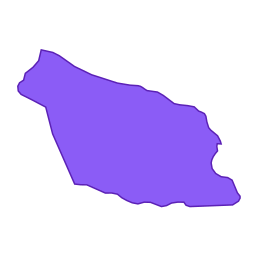 the District of Adjumani, rotated 86°
{"feature_id": "UGA-3079", "entity_name": "Adjumani", "entity_type": "District", "adm_level": 1, "iso_a3": "UGA", "parent_name": "Uganda", "parent_adm1": "", "projection": "natural_earth1", "projection_center": [31.782, 3.228], "detail": "fine", "context": "isolated", "style": "filled", "palette": "violet", "viewbox_px": 256, "rotation_deg": 86, "n_neighbors": 0, "source": "natural_earth", "source_scale": "10m", "svg_char_len": 1030}
<svg xmlns="http://www.w3.org/2000/svg" viewBox="0 0 256 256"><g transform="rotate(86 128 128)"><path d="M203.8,21.0L205.8,21.1L208.7,22.9L212.0,29.0L210.7,71.7L209.1,75.5L205.9,77.4L205.4,83.5L205.9,89.8L208.1,95.0L208.7,100.1L203.7,110.8L203.1,117.0L204.4,123.4L202.9,129.0L200.2,134.3L197.1,139.1L193.3,143.1L191.7,148.8L191.3,155.2L181.8,173.1L181.3,179.1L180.2,185.1L128.6,203.6L101.4,208.6L93.4,221.5L87.0,232.3L83.4,234.9L78.6,235.0L75.3,233.0L73.0,228.8L66.3,226.6L60.8,218.5L54.6,212.4L44.0,209.1L47.4,197.7L51.2,191.4L62.9,177.1L72.4,160.5L75.5,152.7L82.4,135.6L85.4,123.0L86.5,115.0L87.3,112.7L88.7,110.6L90.4,108.6L92.0,106.4L94.2,96.1L98.0,90.5L106.9,80.3L108.5,74.7L109.8,67.1L111.5,60.5L116.0,56.4L117.3,53.6L119.0,50.8L121.7,49.5L127.4,48.9L133.3,47.5L135.8,45.7L142.0,39.2L147.5,36.8L150.4,36.2L149.9,40.1L152.5,40.7L157.1,40.3L159.5,42.6L162.4,44.9L165.6,46.6L168.6,47.5L174.4,46.9L179.5,43.7L183.1,38.5L184.4,32.0L187.3,27.8L200.3,23.4L203.8,21.0Z" fill="#8b5cf6" stroke="#5b21b6" stroke-width="1.5"/></g></svg>